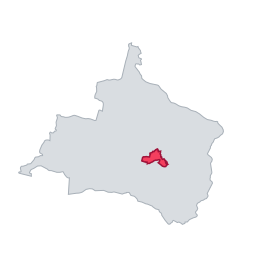 location of Opala, Orientale, Democratic Republic of the Congo, rotated 104°
{"feature_id": "63176286B48725841971461", "entity_name": "Opala", "entity_type": "district", "adm_level": 2, "iso_a3": "COD", "parent_name": "Democratic Republic of the Congo", "parent_adm1": "Orientale", "projection": "natural_earth1", "projection_center": [24.381, -0.71], "detail": "fine", "context": "in_parent", "style": "filled", "palette": "rose", "viewbox_px": 256, "rotation_deg": 104, "n_neighbors": 0, "source": "geoboundaries", "source_scale": "gbopen_adm2", "svg_char_len": 6458}
<svg xmlns="http://www.w3.org/2000/svg" viewBox="0 0 256 256"><g transform="rotate(104 128 128)"><path d="M206.8,169.8L190.5,172.8L190.9,173.8L190.7,175.0L190.3,175.8L188.6,178.1L186.2,180.3L186.2,180.8L187.4,183.2L188.2,186.4L187.9,192.2L188.3,193.7L188.2,195.0L187.4,196.3L185.7,203.2L186.8,206.6L190.0,209.7L191.8,212.0L195.0,212.9L195.5,212.7L195.7,210.8L198.2,210.1L198.2,222.4L198.0,223.1L197.5,223.3L196.9,222.9L196.7,221.7L196.1,221.2L193.0,222.7L192.2,222.7L191.4,222.4L190.7,221.8L190.6,220.8L188.4,217.2L187.4,217.0L186.2,213.8L181.3,211.4L179.5,211.2L178.5,210.5L177.6,207.9L176.0,206.3L175.6,204.5L175.3,204.2L174.3,204.6L173.4,207.5L172.3,208.1L170.4,208.2L165.4,207.4L161.8,205.9L160.9,206.0L159.5,204.7L158.9,202.4L159.2,200.7L153.6,201.9L152.3,202.8L151.0,202.6L150.7,202.1L151.2,200.9L150.9,199.6L150.5,199.0L148.9,198.6L148.4,197.2L147.4,197.0L147.1,197.2L146.9,198.1L146.3,198.5L143.1,198.0L139.7,199.2L135.2,198.9L133.0,200.3L132.7,200.3L132.3,199.6L131.8,197.2L132.1,196.6L132.7,196.1L133.0,195.2L132.7,192.8L132.9,192.2L132.7,190.8L132.0,188.6L131.0,186.8L129.0,184.0L128.6,182.8L128.8,179.7L129.4,174.9L129.3,171.3L128.5,169.0L128.3,166.5L128.8,162.0L128.3,160.9L118.0,160.5L117.6,160.2L117.4,159.5L117.9,156.9L111.6,157.5L109.7,158.1L108.6,159.2L108.2,160.5L108.2,162.5L107.2,164.3L107.0,167.5L105.2,167.9L103.5,167.9L100.2,167.2L96.9,168.1L95.3,168.9L94.5,168.5L91.6,168.8L91.2,168.6L87.8,162.4L86.3,160.3L86.0,159.3L86.2,158.3L85.8,157.0L84.2,153.8L83.9,152.3L84.0,150.0L83.8,149.2L82.4,147.2L81.4,146.5L80.4,146.2L63.6,146.4L58.1,146.1L54.0,146.3L52.0,146.2L51.4,145.9L49.6,146.3L48.6,147.1L47.1,147.6L46.2,147.4L44.5,145.1L46.9,144.7L47.0,144.4L47.2,138.9L46.5,138.1L47.8,137.2L49.8,134.7L51.8,133.8L52.1,133.3L52.5,133.4L53.3,134.4L55.0,135.7L57.1,134.6L57.3,134.2L57.6,131.8L58.1,131.6L59.1,132.2L59.6,132.2L60.5,131.5L63.2,130.3L64.0,131.8L63.3,133.2L63.6,134.2L63.7,135.7L64.1,136.0L66.3,136.2L66.9,135.8L71.2,130.4L72.3,129.7L74.1,127.5L76.5,126.6L77.5,124.9L78.9,121.8L79.5,117.4L79.2,109.8L79.4,108.7L82.3,105.3L85.3,99.1L87.3,97.4L88.8,96.8L91.1,94.5L92.9,92.2L92.7,89.5L93.1,87.2L94.1,84.3L94.4,81.2L94.1,77.9L94.2,75.3L95.6,71.1L95.7,66.2L97.0,62.1L99.4,57.0L100.6,53.1L100.4,49.3L100.7,46.5L100.6,44.9L100.1,43.4L100.3,42.5L101.3,42.2L102.4,40.7L104.5,37.0L106.7,35.2L108.3,34.6L109.9,34.7L111.0,35.0L112.7,36.5L114.7,37.6L116.1,39.1L117.6,41.4L121.0,41.9L122.5,42.7L123.4,43.0L123.8,42.8L124.5,42.9L126.1,43.6L127.4,43.2L133.9,44.7L134.6,43.9L136.4,40.0L137.8,38.7L140.0,38.6L141.7,39.3L142.6,39.3L150.5,36.0L151.5,35.8L154.4,36.6L156.3,36.1L157.1,36.2L158.7,35.7L160.0,33.3L161.1,32.7L172.4,35.3L174.2,34.0L175.0,33.9L177.5,34.8L178.3,36.2L179.8,37.5L180.9,39.5L182.6,40.6L183.5,41.7L184.5,42.5L186.5,42.8L189.1,40.9L191.0,41.1L192.9,42.1L193.5,42.1L194.9,41.0L195.6,39.8L196.4,39.6L197.5,40.1L198.4,41.2L199.2,42.7L202.0,46.2L204.8,47.7L205.5,49.9L206.4,49.7L207.0,49.9L207.7,51.2L208.2,51.5L208.3,52.0L207.6,53.3L206.9,55.8L207.8,57.3L207.1,59.5L206.7,61.7L207.6,62.3L208.8,62.3L209.8,63.4L210.6,63.6L211.5,64.9L211.3,65.9L208.6,69.6L204.5,74.1L203.2,74.6L202.4,75.5L201.9,76.8L200.8,77.9L199.8,78.3L199.8,81.6L198.4,85.0L197.9,85.6L197.1,91.1L197.3,92.1L196.5,96.6L196.6,100.7L194.7,102.0L193.3,104.1L192.7,105.5L192.7,108.9L190.5,111.0L190.3,111.5L190.9,113.9L191.7,114.2L191.7,115.0L193.5,117.6L193.4,125.5L193.5,126.3L194.4,128.2L195.1,131.8L194.4,136.4L196.8,144.7L195.7,147.8L196.2,150.7L197.7,153.8L201.2,156.8L202.1,158.1L203.0,159.8L203.8,162.4L206.8,169.8Z" fill="#d9dde1" stroke="#a8b0b8" stroke-width="1"/><path d="M151.6,104.0L151.7,104.3L151.9,104.7L152.0,105.1L152.1,105.5L152.2,106.0L152.4,106.0L152.7,106.4L153.0,106.7L156.3,106.7L156.5,106.7L156.6,106.4L156.8,106.2L156.8,105.9L156.7,105.7L156.6,105.3L156.6,105.2L156.7,104.9L156.7,104.7L156.8,104.6L156.8,104.4L156.9,104.1L156.9,103.9L156.9,103.7L156.8,103.3L156.7,103.2L156.6,102.9L156.6,102.7L156.8,102.6L156.8,102.3L156.9,102.2L156.7,102.1L156.6,101.9L156.6,101.7L156.5,101.4L156.5,101.2L156.8,101.2L157.0,101.1L157.3,100.9L157.5,100.6L157.7,100.4L157.8,100.4L157.5,100.1L157.4,99.6L157.2,98.9L157.1,98.5L156.6,98.1L156.2,97.7L155.8,97.3L155.4,96.7L154.9,96.0L154.3,95.5L153.6,95.0L153.4,94.9L153.3,94.6L153.1,94.2L152.8,93.9L152.6,93.7L152.4,93.0L152.3,92.5L152.1,91.8L151.9,91.5L151.8,91.4L151.7,91.2L151.4,90.8L151.3,90.2L151.1,89.8L151.0,89.6L151.2,89.4L151.4,89.4L151.5,89.4L152.0,89.3L154.2,89.8L154.4,89.8L154.5,90.0L155.7,87.3L156.1,86.5L156.5,85.8L156.7,85.4L156.7,85.2L156.8,83.9L156.7,83.2L156.5,82.6L156.4,82.4L156.3,82.2L156.2,82.0L155.9,81.9L155.6,81.9L155.3,81.7L154.4,81.2L154.1,81.0L154.0,80.9L154.0,81.0L153.9,81.5L153.7,81.6L153.7,81.8L153.5,82.3L153.3,82.5L152.5,83.1L152.3,83.2L152.0,83.1L152.1,82.9L152.2,82.7L152.5,82.4L152.8,82.4L153.2,82.0L153.1,81.7L153.1,81.4L153.0,81.2L152.9,81.3L152.7,81.5L152.4,81.7L152.1,81.8L151.7,81.8L151.5,82.4L151.5,82.6L151.4,82.9L151.3,83.6L151.2,83.6L150.9,83.2L150.7,82.8L150.7,83.1L150.5,84.1L150.5,84.3L150.4,84.5L150.4,84.8L150.3,85.0L150.3,84.9L150.1,84.8L150.0,84.7L149.9,84.7L149.8,84.9L149.7,85.0L149.4,85.3L149.2,85.6L149.3,85.7L149.4,85.9L149.7,86.3L149.8,86.4L149.8,86.5L150.0,86.6L150.1,86.9L150.1,87.1L149.2,87.9L149.1,88.0L148.9,88.3L148.7,88.4L148.4,88.2L148.3,88.3L148.0,88.3L147.9,88.4L147.9,88.5L148.0,88.8L148.1,89.2L148.0,89.3L147.9,89.3L147.7,89.3L147.4,89.4L147.2,89.4L147.0,89.5L146.7,89.6L146.4,89.6L146.2,89.6L145.9,89.9L145.8,90.0L145.6,90.4L145.4,90.5L145.0,90.6L144.6,90.6L144.3,90.6L143.8,90.6L143.6,90.6L143.4,90.6L143.2,90.7L142.8,90.8L142.6,90.8L142.7,91.0L142.8,91.1L142.9,91.6L143.0,91.9L143.1,92.2L143.2,92.3L143.3,92.4L143.4,92.5L143.6,92.6L143.6,92.9L143.3,93.0L143.1,93.0L142.8,93.2L142.7,93.2L142.4,93.2L142.4,93.3L142.3,93.5L142.2,93.5L141.9,93.6L141.8,93.8L141.8,94.1L141.7,94.3L141.5,94.2L141.4,94.2L141.2,94.3L141.4,94.6L141.6,94.7L141.6,94.9L141.6,95.0L142.0,95.2L142.0,95.3L142.3,95.8L142.5,95.8L142.8,96.0L143.1,96.3L143.3,96.5L143.7,96.7L143.9,96.8L144.0,96.9L144.3,96.9L144.5,96.9L144.8,97.3L144.8,97.5L144.7,97.8L144.6,98.2L144.7,98.3L144.9,98.3L145.1,98.3L145.3,98.4L145.6,98.5L146.0,98.7L146.0,99.0L146.3,99.3L146.3,99.6L146.5,99.8L146.8,99.9L146.9,100.0L147.1,100.6L147.3,100.6L147.4,100.4L147.5,100.4L147.8,100.4L147.8,100.2L148.1,100.1L148.3,99.9L148.8,100.1L150.0,100.1L150.9,100.1L150.9,100.8L151.1,101.1L151.2,102.0L151.3,103.1L151.3,103.4L151.4,103.6L151.6,104.0Z" fill="#f43f5e" stroke="#9f1239" stroke-width="1.5"/></g></svg>